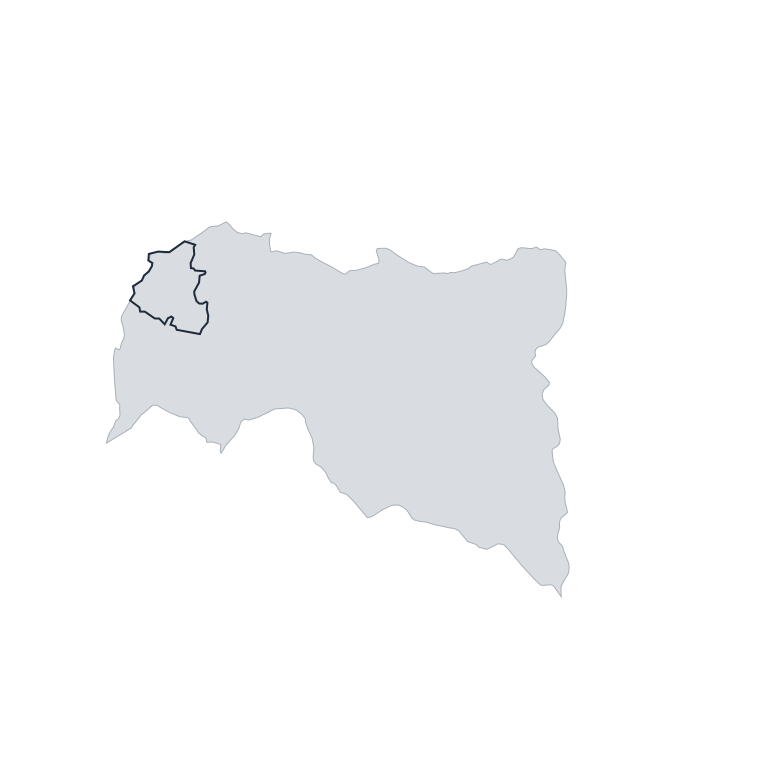 Nana-Mambéré highlighted on a map of Central African Republic, rotated 35°
{"feature_id": "CAF-804", "entity_name": "Nana-Mambéré", "entity_type": "Prefecture", "adm_level": 1, "iso_a3": "CAF", "parent_name": "Central African Republic", "parent_adm1": "", "projection": "natural_earth1", "projection_center": [15.312, 5.849], "detail": "coarse", "context": "in_parent", "style": "outline", "palette": "slate", "viewbox_px": 768, "rotation_deg": 35, "n_neighbors": 0, "source": "natural_earth", "source_scale": "10m", "svg_char_len": 4427}
<svg xmlns="http://www.w3.org/2000/svg" viewBox="0 0 768 768"><g transform="rotate(35 384 384)"><path d="M512.6,286.1L518.6,287.9L519.7,290.1L518.1,297.1L519.3,301.5L522.7,305.2L526.1,306.7L529.4,307.6L541.0,309.9L545.8,312.5L552.1,320.7L560.1,328.2L562.0,332.2L561.7,335.7L559.4,340.1L559.7,341.9L563.4,346.3L567.6,350.8L575.3,355.7L588.5,363.5L594.6,368.8L596.7,372.7L600.1,377.0L604.8,380.9L608.0,384.0L605.9,392.5L606.6,395.4L607.8,397.8L610.5,401.2L611.7,405.5L614.4,410.9L617.7,413.4L623.2,414.3L626.0,416.8L632.1,421.1L637.9,424.8L640.4,427.4L641.9,429.7L643.2,432.3L643.9,435.0L644.1,440.8L645.1,448.0L648.2,452.9L651.2,456.6L639.3,452.4L637.5,452.3L635.4,453.0L629.3,458.2L627.3,458.8L619.5,457.7L600.7,453.6L586.1,449.7L581.8,448.3L574.0,446.9L568.9,449.6L564.1,458.8L562.8,460.6L555.2,463.3L551.6,462.6L542.9,465.1L529.4,461.3L524.6,462.0L520.8,464.0L511.1,468.1L505.3,470.5L498.4,472.7L492.0,476.0L487.6,477.8L483.3,477.8L479.4,475.9L475.2,474.3L470.2,474.0L464.9,474.9L460.4,478.6L458.6,481.2L454.8,488.1L450.2,499.5L448.4,501.7L446.8,502.9L425.7,497.3L416.6,495.9L410.5,497.7L402.8,494.5L399.4,494.0L397.8,495.0L393.5,493.5L386.5,489.7L379.9,488.1L373.9,488.6L370.2,487.3L367.3,483.6L363.4,476.7L356.6,469.9L347.3,464.4L341.6,460.3L339.3,457.5L334.3,456.0L326.7,455.7L319.5,458.4L309.0,466.9L299.3,484.4L293.9,491.1L289.6,492.9L288.5,497.1L290.6,503.8L291.2,511.5L289.7,524.6L290.3,534.1L288.0,532.6L285.7,528.2L284.7,527.3L278.3,529.3L274.9,531.1L273.2,532.9L271.8,533.1L269.8,530.7L268.2,530.2L265.6,530.7L263.1,530.6L261.4,530.3L260.3,530.5L257.3,529.1L246.2,525.4L244.3,524.2L242.1,524.3L236.4,527.5L233.4,528.4L224.2,530.4L214.4,531.4L210.7,531.4L208.1,532.9L206.5,534.9L203.4,547.0L202.6,549.0L202.8,552.1L201.9,561.8L202.3,564.9L190.6,591.6L188.6,587.1L187.4,581.9L187.0,575.9L187.2,574.4L186.5,572.6L185.5,567.7L186.4,564.5L185.7,561.2L183.4,558.0L181.3,555.5L180.1,553.3L179.1,552.3L176.9,552.0L173.8,550.8L160.8,535.2L147.3,517.6L144.5,511.8L143.4,508.6L146.7,508.2L147.5,507.6L147.6,506.0L145.6,501.5L144.6,495.8L142.9,492.3L137.6,486.9L132.5,482.8L130.9,480.7L130.0,477.7L128.1,458.7L127.2,453.3L125.6,450.9L124.5,449.8L124.0,448.5L124.2,445.1L124.9,442.0L124.9,440.9L126.2,438.2L126.3,420.6L124.6,418.2L121.6,418.2L120.0,415.6L118.6,412.4L119.0,410.1L122.0,406.5L123.9,405.1L129.7,402.3L131.3,400.9L132.3,399.2L133.0,396.8L136.3,387.8L141.3,378.7L143.4,376.9L148.4,363.6L149.6,360.2L150.5,356.8L152.1,354.1L157.5,349.6L161.7,341.7L166.1,342.1L170.7,343.4L176.6,344.0L181.2,342.5L184.2,339.4L198.5,334.1L199.6,329.9L201.8,327.7L204.4,325.7L205.3,325.4L205.5,326.9L207.1,331.3L210.4,335.6L215.2,340.4L216.5,340.1L219.5,336.5L226.9,334.2L228.8,333.2L234.1,327.9L240.4,324.5L244.2,323.3L250.6,319.8L255.1,320.3L262.5,319.7L274.7,318.1L283.6,317.5L288.1,316.9L289.2,316.2L290.9,311.1L292.2,309.6L295.5,307.4L302.0,299.8L306.3,293.3L307.6,291.0L308.5,290.5L310.3,287.8L308.5,285.0L301.2,279.3L301.3,278.5L300.8,277.5L301.2,276.7L304.0,274.4L307.8,271.7L311.8,270.7L322.2,270.9L331.1,270.3L333.2,270.5L340.1,269.1L344.8,267.9L349.7,265.1L360.7,265.4L369.9,258.4L372.5,257.1L373.7,256.0L374.0,254.9L378.3,252.1L383.1,246.4L386.9,241.2L387.9,237.5L398.3,225.1L401.9,225.3L403.7,223.8L407.8,215.5L409.0,213.9L413.3,212.5L415.3,210.0L417.1,206.4L417.1,201.9L416.3,198.2L416.3,196.5L417.2,194.9L418.9,193.2L426.8,188.8L428.8,186.6L429.9,184.7L432.2,184.3L434.6,184.5L436.1,183.3L437.8,181.3L443.3,178.5L448.3,176.4L453.6,177.3L463.3,180.1L466.2,186.0L467.6,188.0L479.6,202.0L482.0,205.4L487.9,215.5L491.6,222.4L495.8,232.3L496.3,237.6L495.7,242.2L495.0,255.2L493.9,259.0L488.7,266.0L488.5,269.1L489.6,271.8L491.2,272.8L492.2,274.2L491.6,280.2L493.5,282.6L497.5,284.2L507.4,285.3L512.6,286.1Z" fill="#d9dde1" stroke="#a8b0b8" stroke-width="1"/><path d="M122.9,405.2L132.6,399.1L138.8,381.5L149.5,378.3L149.7,381.2L154.3,386.7L156.3,396.0L159.4,399.8L161.7,398.6L164.2,399.4L172.8,394.3L173.8,395.0L174.1,396.7L170.9,401.0L174.3,406.9L175.5,417.2L177.5,419.5L182.8,423.6L186.4,424.1L189.4,422.2L191.0,418.7L192.7,418.7L196.0,424.5L200.9,428.9L204.2,434.7L203.4,443.3L204.6,448.7L183.1,458.5L180.1,456.4L175.1,457.9L173.6,450.9L171.1,450.7L169.3,454.1L170.1,460.9L162.4,459.3L158.6,461.8L146.7,461.9L142.7,464.5L139.7,461.5L128.0,461.2L127.7,452.9L122.3,447.9L126.3,438.2L125.2,432.8L126.8,426.7L126.3,420.6L124.9,417.8L120.1,418.0L116.8,412.3L122.9,405.2Z" fill="none" stroke="#1e293b" stroke-width="2"/></g></svg>